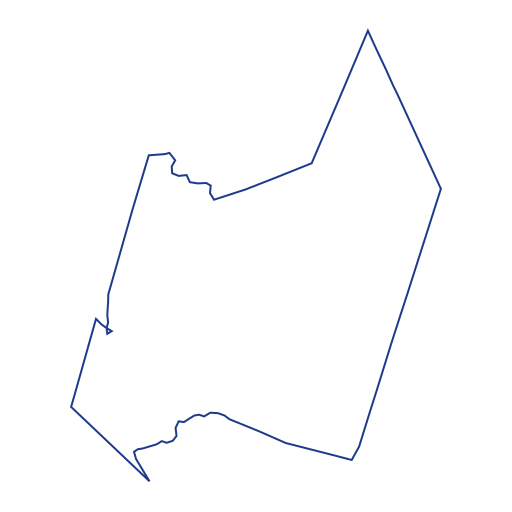 the district of Viçosa, Alagoas, Brazil
{"feature_id": "56859067B60749603012982", "entity_name": "Viçosa", "entity_type": "district", "adm_level": 2, "iso_a3": "BRA", "parent_name": "Brazil", "parent_adm1": "Alagoas", "projection": "natural_earth1", "projection_center": [-36.297, -9.342], "detail": "fine", "context": "isolated", "style": "outline", "palette": "blue", "viewbox_px": 512, "rotation_deg": 0, "n_neighbors": 0, "source": "geoboundaries", "source_scale": "gbopen_adm2", "svg_char_len": 983}
<svg xmlns="http://www.w3.org/2000/svg" viewBox="0 0 512 512"><path d="M440.9,188.8L397.1,93.6L393.1,85.5L386.2,70.0L375.6,47.6L367.9,30.7L345.2,84.6L311.7,163.2L276.1,177.5L245.7,189.4L214.0,199.7L210.0,193.1L210.7,185.6L206.3,183.0L197.9,183.4L189.9,182.2L186.6,175.1L178.7,175.9L172.2,173.3L171.7,166.5L175.2,160.3L169.4,152.9L165.0,154.1L148.8,155.3L132.7,208.9L108.3,294.4L108.1,302.7L107.6,309.3L107.3,315.3L108.1,322.6L106.6,328.1L101.6,324.5L96.0,318.9L74.4,395.5L71.1,406.9L149.5,481.3L136.0,458.9L134.0,451.8L137.9,449.2L142.6,448.5L150.0,446.3L156.7,444.3L161.8,441.1L166.6,442.8L172.7,440.8L176.5,436.0L175.6,427.8L178.7,421.3L183.9,422.1L188.7,419.0L194.4,415.5L199.1,414.7L204.1,416.4L210.4,412.7L218.1,413.2L224.5,415.5L229.4,419.2L258.6,431.1L285.7,443.0L332.3,454.9L351.7,460.0L359.1,446.6L370.6,409.6L376.6,390.8L390.8,345.0L398.3,321.7L407.6,293.1L440.9,188.8ZM106.6,328.1L111.7,331.1L107.3,333.8L106.6,328.1Z" fill="none" stroke="#1e3a8a" stroke-width="2"/></svg>